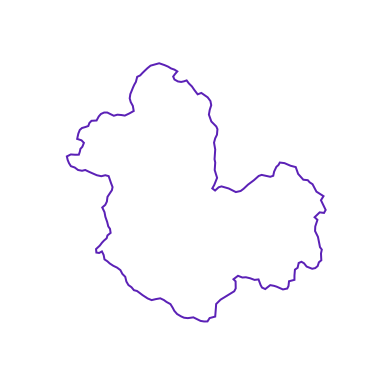 Palmópolis, Minas Gerais, Brazil, rotated 331°
{"feature_id": "56859067B65800178353877", "entity_name": "Palmópolis", "entity_type": "district", "adm_level": 2, "iso_a3": "BRA", "parent_name": "Brazil", "parent_adm1": "Minas Gerais", "projection": "mercator", "projection_center": [-40.373, -16.779], "detail": "fine", "context": "isolated", "style": "outline", "palette": "violet", "viewbox_px": 384, "rotation_deg": 331, "n_neighbors": 0, "source": "geoboundaries", "source_scale": "gbopen_adm2", "svg_char_len": 2831}
<svg xmlns="http://www.w3.org/2000/svg" viewBox="0 0 384 384"><g transform="rotate(331 192 192)"><path d="M241.4,91.8L238.6,91.3L235.9,90.5L233.3,88.5L231.2,85.1L231.5,81.9L234.1,80.7L237.6,79.4L236.0,76.5L233.6,73.8L231.9,70.8L229.5,67.7L225.7,63.5L221.2,62.4L217.0,61.4L213.1,62.1L209.6,63.0L206.3,63.9L203.2,64.9L199.9,64.7L196.3,68.5L193.5,70.2L191.2,71.9L188.6,74.0L185.5,76.5L182.9,79.9L182.0,83.7L182.0,88.0L180.3,92.9L175.1,92.9L170.3,92.6L167.5,90.4L164.2,88.2L160.6,87.4L158.6,84.6L156.5,81.5L153.7,79.9L150.2,79.6L147.1,80.7L143.2,83.2L138.6,81.0L135.7,81.9L133.3,84.0L130.3,83.5L126.8,82.7L124.0,83.3L120.9,85.8L117.3,89.9L120.4,93.2L121.3,96.6L118.0,99.3L115.3,100.2L113.4,102.4L111.1,104.5L107.6,102.6L104.2,100.4L99.8,100.2L98.8,103.7L98.4,107.1L98.6,110.7L101.3,113.7L103.0,117.5L106.1,120.1L109.3,121.0L111.8,124.5L114.3,127.8L116.9,131.2L120.3,134.2L124.3,135.3L126.8,137.7L126.1,141.6L125.5,144.9L124.9,149.2L122.8,151.6L119.5,153.3L115.7,155.3L112.9,159.1L109.9,161.2L106.0,162.0L105.7,167.2L104.2,171.7L103.3,177.0L102.1,181.5L102.4,184.5L101.0,188.3L97.0,189.0L94.9,191.1L91.5,191.8L88.7,192.7L85.3,194.2L80.4,195.4L79.0,198.6L81.2,200.3L84.4,200.3L84.2,204.2L82.8,208.5L84.4,211.6L85.4,214.6L87.4,218.4L89.8,221.8L91.5,225.6L91.4,229.9L92.5,233.8L91.2,238.5L91.3,242.6L92.9,245.9L93.6,249.7L95.9,251.9L97.1,254.5L98.8,258.3L101.6,263.6L104.3,267.0L108.3,268.1L112.7,269.6L115.0,272.8L116.4,275.8L118.8,279.6L119.0,284.0L118.9,287.3L119.8,291.5L122.2,295.6L124.1,298.1L127.2,300.3L132.4,302.3L137.0,308.9L139.8,311.1L142.8,312.7L146.3,310.8L151.9,312.2L157.0,304.5L158.8,301.7L164.8,300.0L180.8,299.3L183.5,297.5L186.8,291.3L186.0,288.4L191.6,287.6L194.6,291.2L197.8,292.7L201.1,295.7L204.1,299.2L207.8,300.7L206.9,306.6L206.9,309.5L209.0,312.4L215.3,311.4L218.2,313.8L220.1,315.8L224.3,321.3L228.5,322.6L230.8,321.0L233.6,317.1L239.0,318.5L241.2,314.6L244.4,309.8L247.6,309.5L250.9,305.8L253.9,306.1L255.4,308.6L256.1,312.8L259.9,317.4L262.9,318.3L266.0,317.7L268.9,315.0L272.0,314.4L275.0,308.3L277.6,305.3L277.2,302.3L278.2,299.2L280.4,292.3L280.7,285.8L283.1,281.9L288.2,277.2L287.0,273.5L293.8,271.7L297.3,274.3L300.2,272.5L300.8,261.7L305.0,259.4L301.0,252.0L301.2,243.6L299.6,240.6L299.0,237.8L295.3,235.2L293.6,227.6L294.8,220.5L290.9,216.8L286.9,211.6L283.1,208.8L280.7,210.3L278.0,210.9L273.7,214.0L270.9,217.2L267.8,216.6L261.2,210.8L258.1,210.3L251.9,211.7L244.6,212.7L238.7,214.2L235.0,214.7L230.3,213.3L225.8,206.7L220.5,201.4L217.6,200.8L212.9,201.9L211.5,198.7L214.9,196.6L220.8,191.8L222.5,183.8L226.6,177.5L227.6,174.3L232.9,166.1L235.2,159.5L238.3,156.3L241.6,154.0L244.7,149.4L245.0,146.5L243.1,139.7L244.3,132.5L247.3,128.8L250.9,125.4L252.2,121.4L251.6,116.8L248.2,109.9L244.3,109.3L243.5,103.8L243.1,99.6L241.9,95.5L241.4,91.8Z" fill="none" stroke="#5b21b6" stroke-width="2"/></g></svg>